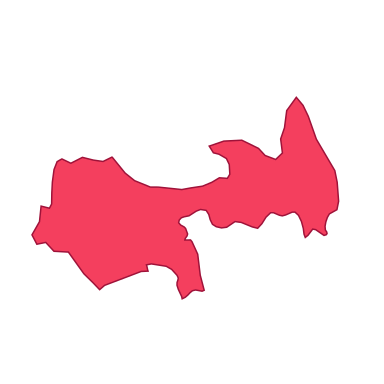 Foča, Equal Earth projection, rotated 14°
{"feature_id": "BIH-4807", "entity_name": "Foča", "entity_type": "state/province", "adm_level": 1, "iso_a3": "BIH", "parent_name": "Bosnia and Herzegovina", "parent_adm1": "", "projection": "equal_earth", "projection_center": [18.989, 43.593], "detail": "fine", "context": "isolated", "style": "filled", "palette": "rose", "viewbox_px": 384, "rotation_deg": 14, "n_neighbors": 0, "source": "natural_earth", "source_scale": "10m", "svg_char_len": 1849}
<svg xmlns="http://www.w3.org/2000/svg" viewBox="0 0 384 384"><g transform="rotate(14 192 192)"><path d="M223.9,219.8L219.7,218.4L216.4,214.5L213.7,209.7L210.2,206.4L204.5,206.9L200.8,209.5L194.9,215.8L190.3,218.0L187.9,219.6L186.4,222.3L186.5,225.1L189.0,226.8L192.8,227.8L194.6,228.9L197.9,233.8L197.8,235.9L196.7,238.6L196.7,240.3L202.2,238.9L204.0,240.2L212.6,251.0L220.1,270.7L227.6,284.4L225.8,285.8L219.2,286.2L216.3,287.7L215.8,288.4L214.5,290.1L212.9,293.0L210.9,295.8L208.3,298.0L207.5,296.4L207.4,296.1L202.3,289.8L200.0,286.1L199.4,283.4L199.6,281.1L199.5,278.8L197.7,276.5L191.0,272.0L184.9,270.3L170.0,271.6L165.4,273.7L166.2,275.0L167.7,278.1L168.5,279.4L161.9,281.4L129.8,303.7L126.0,309.1L118.1,304.1L106.9,297.5L86.6,280.2L72.4,282.9L62.3,276.3L54.1,280.2L47.1,272.3L51.2,257.7L49.0,242.2L57.6,242.2L58.7,237.6L56.2,226.8L54.1,216.1L52.7,203.6L53.8,195.1L54.1,194.9L55.8,193.2L57.8,191.4L67.5,193.4L77.3,184.9L88.6,184.9L98.3,183.9L105.9,177.5L106.4,177.7L122.5,189.8L133.6,194.9L150.4,197.3L158.2,195.4L171.5,193.5L181.5,192.1L189.7,188.4L200.8,183.8L209.0,177.7L215.1,171.6L223.0,170.2L224.4,165.6L221.5,156.3L217.3,151.2L209.0,148.8L203.3,148.8L197.6,143.3L210.6,134.9L227.8,129.7L246.0,133.6L254.1,138.9L265.3,140.2L270.3,132.3L265.2,119.1L266.2,107.3L264.2,90.1L266.3,84.9L270.3,74.9L278.8,81.1L286.5,90.4L299.9,110.7L325.4,136.7L330.5,147.4L336.5,165.5L336.9,174.1L330.6,180.0L329.5,183.9L329.1,188.6L329.4,193.1L330.6,196.6L332.4,198.2L333.1,199.7L332.6,201.0L330.6,202.2L321.1,198.6L318.1,198.8L315.0,206.0L312.9,208.7L310.9,205.8L308.8,200.4L305.3,194.1L301.0,188.9L296.8,186.6L294.1,187.3L288.3,191.7L285.4,193.3L282.4,193.4L276.1,192.4L273.3,193.1L269.9,198.5L267.5,205.8L264.5,211.3L259.0,211.3L247.1,209.6L240.9,210.3L234.2,217.8L229.3,219.7L223.9,219.8Z" fill="#f43f5e" stroke="#9f1239" stroke-width="1.5"/></g></svg>